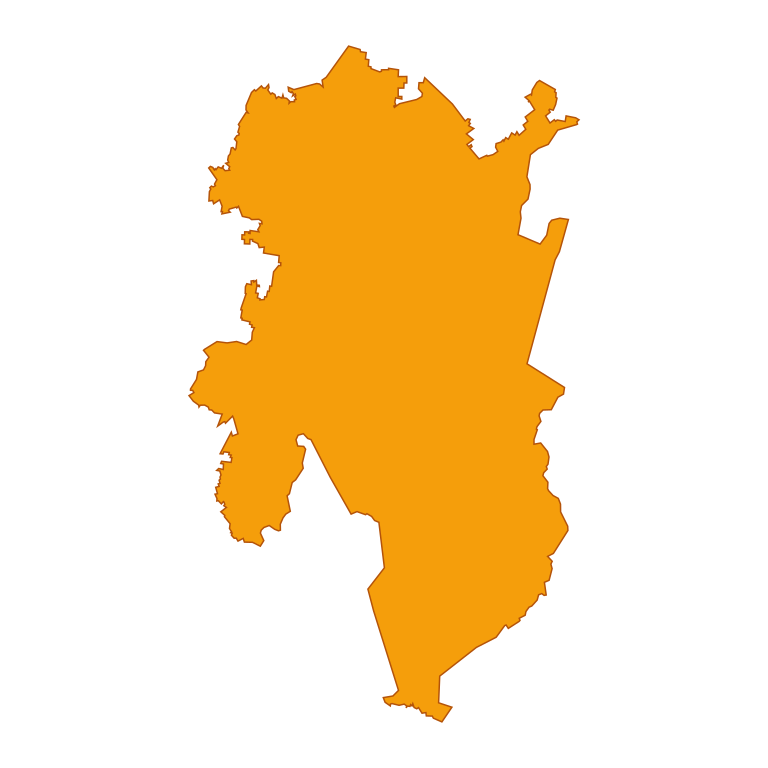 the district of Ixhuatlán de Madero, Veracruz, Mexico
{"feature_id": "50627088B61499871451932", "entity_name": "Ixhuatlán de Madero", "entity_type": "district", "adm_level": 2, "iso_a3": "MEX", "parent_name": "Mexico", "parent_adm1": "Veracruz", "projection": "natural_earth1", "projection_center": [-98.023, 20.705], "detail": "fine", "context": "isolated", "style": "filled", "palette": "amber", "viewbox_px": 768, "rotation_deg": 0, "n_neighbors": 0, "source": "geoboundaries", "source_scale": "gbopen_adm2", "svg_char_len": 6055}
<svg xmlns="http://www.w3.org/2000/svg" viewBox="0 0 768 768"><path d="M433.4,718.2L441.9,721.9L451.9,707.2L438.6,702.8L439.7,676.1L476.4,647.4L496.2,637.2L504.7,625.6L506.1,625.0L508.3,628.4L519.1,621.4L520.0,620.4L519.2,618.3L525.2,615.2L525.9,611.6L529.0,607.2L531.8,606.0L537.2,600.0L538.6,594.8L541.8,593.6L544.1,595.4L546.2,595.0L544.4,582.3L549.1,580.3L552.1,568.6L550.9,564.1L552.2,561.3L547.6,556.4L553.4,553.4L567.9,530.5L567.7,526.2L560.6,511.9L560.5,504.1L558.3,498.4L553.0,495.5L548.6,490.7L547.6,488.7L547.9,482.2L542.9,475.7L543.7,472.7L547.2,469.1L546.3,466.5L548.0,464.2L549.0,457.0L547.5,451.5L540.7,443.0L534.0,444.2L534.0,439.5L537.3,429.7L536.4,429.2L536.9,426.8L540.9,421.4L539.1,415.9L539.6,413.4L543.0,410.0L551.3,409.7L557.9,397.2L563.5,394.1L564.5,387.5L527.0,363.8L555.1,259.9L559.4,251.7L568.4,219.5L559.8,218.2L551.7,220.2L549.1,223.5L546.7,235.2L540.1,244.1L518.0,234.7L521.0,218.2L520.3,211.8L521.6,205.5L528.0,199.1L530.1,189.1L530.0,184.6L526.9,176.8L530.4,154.7L538.3,148.4L548.2,144.4L557.7,130.1L576.6,124.6L577.5,124.1L576.8,121.8L579.0,119.8L575.7,117.8L566.1,115.9L565.2,121.5L557.2,120.0L555.6,121.3L554.3,119.7L550.0,123.0L545.6,115.9L550.2,112.2L548.9,110.1L549.6,109.2L553.2,110.2L555.6,104.6L557.0,98.1L555.8,97.4L556.1,92.7L554.6,91.8L555.3,89.5L539.5,80.5L536.8,82.5L532.3,89.9L531.5,95.0L530.6,94.2L525.1,97.2L529.0,100.6L528.2,102.1L529.5,101.2L534.7,109.7L525.2,117.0L527.8,121.3L523.2,125.0L525.8,129.3L519.1,135.3L516.9,131.7L515.1,135.1L511.7,132.9L508.3,139.2L505.7,137.6L503.9,141.1L503.1,139.8L500.9,142.1L496.1,143.6L495.6,147.2L497.8,151.4L493.1,154.6L487.3,156.2L486.8,155.3L479.0,158.9L469.9,148.1L472.0,146.6L471.2,144.7L468.6,146.6L466.9,144.4L473.3,139.6L466.4,133.9L473.8,128.5L468.6,125.7L470.3,123.4L468.9,122.5L470.2,119.4L467.9,118.8L465.2,121.0L452.4,104.0L424.7,77.7L423.3,82.7L419.0,82.7L418.5,88.8L422.4,93.2L421.9,96.5L416.7,99.5L399.5,103.7L394.4,107.4L393.8,106.1L395.8,104.8L394.8,102.2L395.7,97.8L401.8,99.1L401.8,96.5L398.2,96.4L398.2,88.1L403.8,88.1L404.0,83.0L406.8,83.0L406.8,76.5L398.2,76.6L398.5,69.8L388.6,68.3L388.6,69.7L381.5,69.8L381.4,71.3L379.7,71.9L371.0,68.6L371.0,66.9L368.3,66.2L368.8,59.7L365.4,59.1L366.2,52.6L360.5,51.7L360.1,49.5L348.6,46.1L326.2,77.3L322.1,80.1L323.1,87.0L319.6,84.0L316.7,83.5L293.9,89.6L288.2,87.2L288.7,91.2L291.2,92.7L292.0,91.6L293.4,93.7L292.6,95.9L295.3,94.1L295.8,95.9L294.8,96.5L296.1,99.4L294.3,100.0L294.5,101.7L290.8,101.7L289.1,103.2L289.4,101.0L286.6,98.3L283.7,97.9L282.9,94.9L281.9,98.2L278.4,96.6L276.3,98.5L274.9,94.5L272.2,92.9L270.8,94.2L267.8,90.0L269.0,87.6L268.5,84.6L265.4,88.2L263.1,88.0L261.4,85.9L255.8,91.0L254.4,89.7L251.5,92.5L246.1,105.4L246.0,109.9L248.1,112.9L246.1,112.4L238.4,124.5L239.6,126.4L237.9,132.2L239.2,133.5L238.8,135.1L236.8,135.7L234.5,139.0L236.8,141.7L236.0,148.6L235.1,149.9L232.9,147.5L231.3,147.9L230.1,153.9L228.4,156.0L227.7,160.0L228.7,162.4L225.7,163.3L229.7,166.7L228.8,168.7L229.7,170.2L225.1,170.7L222.8,168.3L223.7,165.2L221.5,168.3L218.2,166.9L216.0,169.7L215.2,168.7L214.3,169.9L212.8,167.4L210.4,166.4L208.7,168.0L216.9,179.7L214.5,184.1L215.4,185.7L213.2,186.9L211.4,186.1L209.8,187.7L210.8,189.0L209.4,191.6L208.9,201.0L212.7,200.5L213.6,203.8L219.6,199.9L222.1,206.2L221.1,211.6L222.5,211.6L221.9,213.9L230.2,212.2L228.5,210.6L229.3,209.1L236.2,207.1L236.8,208.0L238.5,206.3L242.4,216.4L249.4,217.9L251.6,219.6L258.9,219.3L261.7,221.2L262.0,223.8L259.4,223.4L260.2,225.6L257.8,229.6L258.9,231.8L250.1,230.5L250.1,233.5L248.6,233.3L248.8,231.9L244.7,231.8L244.6,234.9L242.0,234.8L241.9,239.3L244.5,239.5L244.4,243.8L249.8,244.0L249.9,239.4L252.6,239.5L252.5,241.1L257.9,243.6L259.2,247.6L264.3,247.1L263.5,253.0L279.2,255.7L278.6,262.5L280.8,262.8L280.7,265.6L278.7,265.5L273.6,271.8L271.6,286.3L269.8,286.0L269.2,291.4L267.6,291.2L266.5,296.9L264.7,296.7L264.3,299.5L259.9,299.9L260.1,298.8L257.3,297.8L258.2,293.4L255.6,292.9L256.9,285.9L259.4,286.6L259.3,285.3L256.7,285.0L256.4,280.3L253.9,282.0L253.8,280.6L251.1,281.0L251.4,284.7L246.8,283.7L245.4,286.8L245.2,293.4L246.1,293.7L241.3,307.6L240.8,309.8L242.2,310.1L240.8,317.9L242.2,318.3L241.9,319.9L250.0,321.9L249.5,324.2L252.1,325.0L251.6,327.3L254.4,327.7L252.3,332.2L251.7,340.0L246.1,344.5L236.6,341.5L227.1,342.9L217.0,341.6L204.6,349.3L203.5,350.3L209.0,357.2L205.8,361.7L205.6,365.7L203.5,369.9L197.9,371.9L196.5,379.4L190.5,389.0L190.5,390.3L192.7,390.4L193.9,392.6L189.0,395.6L193.4,401.3L198.7,405.1L199.0,407.0L200.3,405.2L204.7,405.1L208.3,407.1L209.2,409.8L211.7,410.0L214.5,412.9L222.2,414.1L217.7,426.1L223.2,422.1L224.8,421.6L225.5,423.2L232.6,416.1L233.8,418.9L238.0,433.8L232.4,436.0L231.3,432.2L220.1,453.7L223.0,454.0L223.9,451.8L229.3,452.5L228.7,454.7L231.2,455.1L230.2,457.5L231.9,457.7L231.1,462.4L221.6,461.3L220.7,463.5L223.5,464.0L223.2,469.5L218.7,468.5L216.7,470.4L219.8,471.0L221.0,475.0L220.0,477.1L220.4,479.1L219.1,480.2L220.0,483.4L218.2,483.9L219.1,486.4L215.7,487.3L217.5,493.7L215.0,494.2L217.0,498.6L216.8,501.0L218.3,500.7L221.4,503.9L223.4,501.6L224.1,502.2L224.8,504.4L223.8,505.7L226.4,507.4L220.8,511.8L224.8,515.4L224.4,516.7L230.1,523.7L229.5,528.5L231.5,531.7L230.7,532.7L232.2,533.2L231.4,535.2L234.1,538.2L236.3,538.2L238.0,541.1L243.2,538.4L244.4,542.1L252.5,542.3L260.3,546.2L263.8,540.6L260.4,533.1L261.2,530.2L263.9,527.5L269.2,525.5L274.7,529.3L278.5,530.8L280.4,530.2L280.3,524.2L283.0,517.9L285.8,514.1L290.3,511.3L287.1,495.8L289.4,493.7L292.2,482.5L295.6,479.9L303.2,468.3L302.3,463.0L305.6,449.2L303.7,446.4L297.7,446.0L296.0,439.7L298.1,435.2L303.4,433.7L307.8,438.5L311.0,439.6L330.2,477.2L351.1,514.1L357.0,511.6L365.6,514.7L366.9,513.7L371.6,516.4L374.6,520.5L378.9,522.3L384.4,567.8L367.9,589.1L373.6,610.8L398.5,690.4L392.9,696.0L383.3,697.6L385.1,702.3L390.3,705.9L390.5,704.0L392.1,703.6L399.1,705.3L404.2,704.1L406.7,705.9L406.1,707.9L407.3,706.1L410.0,706.4L410.6,704.6L412.0,705.9L412.8,703.7L414.1,707.5L416.8,708.8L418.5,707.6L422.0,713.2L425.9,712.6L426.3,715.9L432.3,716.1L433.4,718.2Z" fill="#f59e0b" stroke="#b45309" stroke-width="1.5"/></svg>